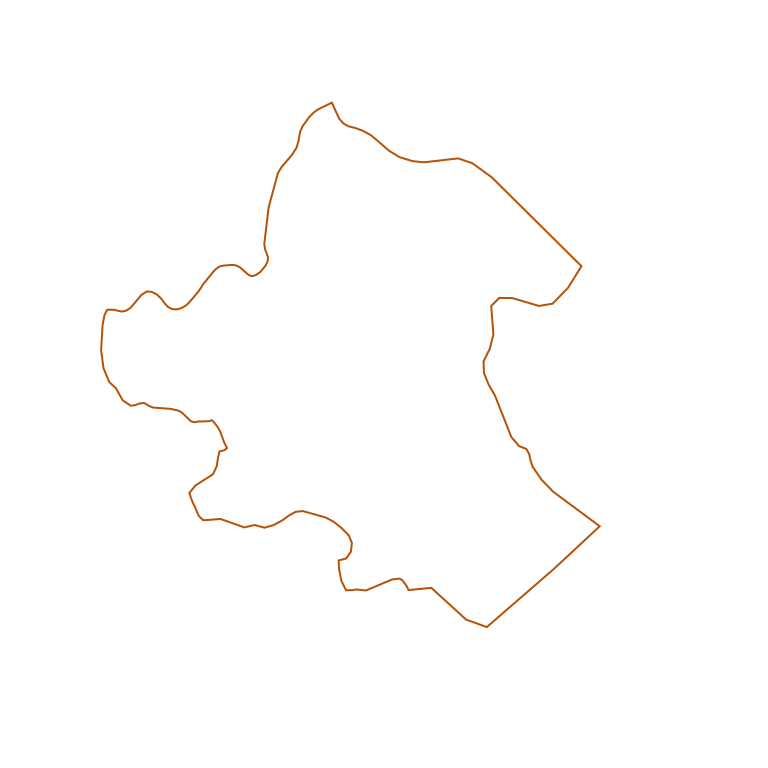 Đắk Nông, Albers equal-area conic projection, rotated 139°
{"feature_id": "VNM-4835", "entity_name": "Đắk Nông", "entity_type": "Province", "adm_level": 1, "iso_a3": "VNM", "parent_name": "Vietnam", "parent_adm1": "", "projection": "albers", "projection_center": [107.792, 12.232], "detail": "fine", "context": "isolated", "style": "outline", "palette": "amber", "viewbox_px": 768, "rotation_deg": 139, "n_neighbors": 0, "source": "natural_earth", "source_scale": "10m", "svg_char_len": 2134}
<svg xmlns="http://www.w3.org/2000/svg" viewBox="0 0 768 768"><g transform="rotate(139 384 384)"><path d="M240.5,373.3L251.9,372.6L268.9,349.6L281.0,341.2L294.0,335.8L301.4,326.6L305.4,314.9L307.9,302.3L322.7,260.4L322.8,248.4L322.7,248.3L319.2,241.7L320.3,236.1L323.4,230.5L326.1,224.0L327.9,208.4L327.0,191.7L314.5,135.1L377.4,133.0L465.9,133.1L476.6,152.3L482.0,199.1L500.7,212.4L499.4,217.1L498.9,223.8L500.0,227.0L506.2,231.2L533.2,240.1L539.7,247.1L542.5,248.7L548.0,253.2L545.3,263.4L539.1,274.2L533.9,280.6L527.0,277.1L519.1,279.1L512.6,285.0L509.9,292.7L510.6,303.8L512.4,313.1L515.6,321.5L528.6,341.3L534.5,345.5L542.6,347.2L550.2,347.8L560.0,350.0L568.4,353.9L574.2,362.5L583.6,367.5L587.1,373.8L596.0,389.5L607.6,398.0L609.8,400.0L610.4,405.5L609.0,410.5L607.3,415.2L606.3,419.5L604.2,425.2L602.4,429.5L592.8,431.1L572.2,428.1L564.0,431.8L557.5,437.4L552.3,441.0L547.9,438.7L544.5,438.7L543.0,444.6L538.6,456.3L537.6,461.6L537.5,468.6L538.0,470.0L539.9,470.3L544.5,474.0L549.2,477.9L552.3,479.6L554.2,482.5L555.3,495.5L556.9,499.2L561.7,505.6L573.7,517.7L575.7,521.5L577.5,527.1L581.6,529.8L586.2,531.5L589.4,533.9L591.9,543.1L589.1,556.6L590.1,565.6L585.3,580.0L575.5,594.9L557.6,613.2L549.6,619.5L544.3,621.6L541.7,619.6L538.7,616.8L536.8,613.8L534.3,610.7L530.6,608.5L525.1,607.8L508.4,610.4L502.5,609.5L498.9,606.1L496.7,600.7L496.1,594.2L496.6,588.6L496.4,583.6L494.7,579.6L491.7,576.4L487.4,574.3L482.2,573.2L477.1,573.4L462.5,575.7L454.9,578.0L437.7,580.9L434.1,581.0L430.5,580.4L427.1,578.4L420.8,573.8L419.2,572.2L417.7,570.2L416.5,567.5L415.8,564.3L414.9,556.7L414.2,554.1L412.5,551.6L408.8,550.2L403.7,549.7L395.5,551.1L391.0,553.1L388.2,556.1L385.4,563.7L382.3,568.4L355.3,592.9L325.8,612.7L318.9,615.0L303.5,617.2L295.0,619.7L288.7,623.8L282.0,629.3L276.4,631.9L265.5,634.5L259.3,635.0L254.0,634.6L238.8,630.6L243.8,613.4L243.7,607.2L241.9,602.1L237.7,596.0L233.7,588.7L230.5,579.9L227.1,556.4L223.5,545.1L216.3,533.5L208.4,525.1L180.0,505.6L172.5,492.7L167.1,469.5L158.1,349.0L157.6,343.4L181.9,335.9L204.0,334.0L215.8,341.2L230.8,364.7L240.5,373.3Z" fill="none" stroke="#b45309" stroke-width="2"/></g></svg>